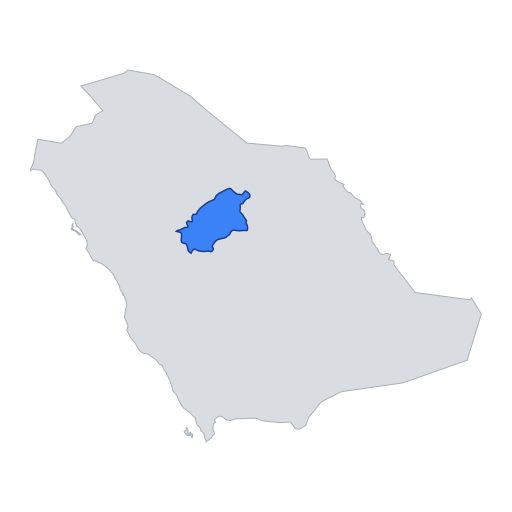 where Al Quassim sits in Saudi Arabia
{"feature_id": "SAU-846", "entity_name": "Al Quassim", "entity_type": "Region", "adm_level": 1, "iso_a3": "SAU", "parent_name": "Saudi Arabia", "parent_adm1": "", "projection": "mercator", "projection_center": [43.262, 25.97], "detail": "fine", "context": "in_parent", "style": "filled", "palette": "blue", "viewbox_px": 512, "rotation_deg": 0, "n_neighbors": 0, "source": "natural_earth", "source_scale": "10m", "svg_char_len": 6203}
<svg xmlns="http://www.w3.org/2000/svg" viewBox="0 0 512 512"><path d="M402.8,382.9L343.1,391.4L339.9,392.3L321.2,401.9L308.5,417.8L305.6,425.4L304.0,426.5L301.5,428.0L299.2,429.1L295.6,428.9L291.4,423.1L290.3,421.9L289.3,421.9L281.3,422.7L264.7,421.1L262.0,420.7L258.3,418.8L257.4,418.4L256.4,418.3L247.8,418.2L243.5,418.8L239.4,418.6L235.2,419.0L233.7,419.7L232.0,419.7L230.9,420.3L230.0,420.6L229.0,420.1L227.6,420.2L225.7,419.7L224.4,418.4L223.2,417.3L221.9,416.7L220.5,416.3L219.3,416.3L217.8,417.0L216.9,417.6L214.5,419.8L214.4,420.6L215.5,421.9L215.1,422.5L213.7,423.3L213.3,425.4L213.1,426.5L212.9,429.2L213.5,431.3L214.3,432.1L214.4,433.0L213.9,434.8L212.6,435.4L211.7,437.1L211.1,438.0L210.1,438.9L206.1,441.9L205.9,440.2L204.6,437.5L204.5,435.7L203.9,433.8L202.8,432.3L200.8,430.8L200.6,428.8L199.1,426.8L197.2,425.1L196.1,422.1L195.3,418.1L190.1,412.9L183.6,408.0L181.6,405.3L178.4,399.6L176.8,395.2L172.4,390.1L172.3,388.1L171.6,385.7L170.6,383.1L170.0,381.0L165.7,371.7L164.3,370.2L163.1,368.1L162.7,366.5L162.4,365.7L159.3,364.1L156.4,360.2L147.8,354.0L143.6,353.4L140.3,351.2L137.8,348.3L135.2,343.2L130.6,337.8L126.7,330.1L127.9,327.3L127.8,325.3L126.6,321.9L125.3,319.4L124.4,316.9L125.1,313.4L125.4,309.5L126.2,307.4L126.7,305.1L126.0,300.5L124.7,298.0L124.8,296.3L123.4,295.5L122.2,293.7L123.4,293.7L121.1,291.2L120.3,289.9L119.5,286.5L118.4,283.9L114.9,278.0L113.2,274.4L109.4,269.7L105.3,266.3L102.8,264.7L101.5,263.3L99.4,263.2L97.1,261.2L95.5,261.1L93.4,260.8L91.0,256.8L89.1,253.1L85.7,248.3L86.5,247.1L87.5,245.0L87.0,242.3L86.5,240.5L85.0,237.2L80.1,228.9L78.8,227.6L76.7,226.2L75.4,222.6L74.8,219.4L71.5,217.8L65.7,206.1L62.4,202.0L61.1,199.2L57.2,194.7L55.3,190.1L51.4,186.0L48.0,178.7L42.8,171.4L40.6,170.1L35.2,169.6L33.0,169.0L30.9,170.6L30.7,168.6L32.2,165.8L34.2,159.9L34.6,154.7L37.9,139.2L60.7,143.2L61.8,142.9L70.6,135.7L75.5,127.4L76.6,126.5L91.9,123.3L92.3,122.9L95.4,115.4L95.7,115.0L96.2,114.6L102.8,110.8L92.1,98.1L80.9,86.0L123.9,73.3L124.6,73.0L127.8,70.1L146.7,73.3L154.0,74.7L156.4,75.9L190.5,96.3L207.3,110.9L246.6,142.9L247.2,143.1L282.3,146.3L286.1,145.5L295.7,146.7L305.4,148.1L307.3,151.8L308.0,154.4L308.6,156.9L310.5,159.2L318.6,159.1L327.0,159.0L328.2,161.3L328.7,163.6L331.0,169.0L334.1,173.2L334.9,174.7L335.4,177.0L334.8,177.9L334.6,178.9L337.0,181.2L340.8,183.1L342.3,183.6L344.1,184.5L342.7,185.8L345.0,188.9L347.6,192.0L350.5,192.7L354.3,197.4L360.1,200.5L363.6,204.5L363.3,204.6L362.2,204.1L361.0,203.6L360.6,204.1L360.6,205.8L361.0,207.7L362.8,209.4L364.4,210.6L365.0,213.0L363.7,217.9L363.3,217.9L362.5,217.5L361.5,217.4L361.1,217.7L362.1,221.2L363.2,224.0L364.5,226.1L365.5,229.3L366.4,230.6L370.1,234.0L371.3,236.8L372.3,242.0L374.7,244.9L375.9,247.2L377.6,249.0L378.7,251.6L380.3,253.6L381.1,254.1L382.3,254.3L383.8,254.3L385.6,253.8L387.6,253.3L389.1,254.3L390.6,254.2L390.8,255.1L389.8,256.4L388.5,259.6L390.3,260.1L392.0,260.4L393.3,260.9L394.0,260.9L394.0,261.6L394.1,264.6L394.5,265.8L415.1,292.5L469.8,299.8L470.1,299.7L471.5,297.9L481.3,314.1L467.1,360.2L402.8,382.9ZM188.7,434.3L190.3,434.4L189.7,433.7L189.5,433.3L190.2,432.3L192.6,434.4L192.5,436.9L192.3,437.5L191.7,437.0L191.3,436.4L191.1,435.9L190.5,435.2L188.2,435.7L186.8,435.0L184.7,432.8L184.2,431.3L185.0,431.0L185.9,430.3L186.5,429.1L186.0,427.8L187.2,428.0L187.8,429.3L188.0,432.2L188.2,432.9L187.8,433.5L188.7,434.3ZM79.7,235.0L79.1,235.0L77.6,233.4L76.7,232.2L75.8,231.4L71.7,229.8L71.2,228.8L71.8,227.7L72.2,228.8L73.0,229.4L76.4,230.8L80.2,234.0L80.8,234.2L79.7,235.0ZM73.1,227.2L72.9,227.5L72.0,226.6L72.1,224.8L72.9,223.8L72.8,225.2L73.1,226.6L73.1,227.2Z" fill="#d9dde1" stroke="#a8b0b8" stroke-width="1"/><path d="M245.3,191.0L246.6,191.6L247.6,192.3L248.5,193.1L248.9,193.5L249.3,194.0L249.6,194.5L249.8,195.0L249.9,195.5L249.9,196.0L249.9,196.3L249.8,196.7L249.7,197.1L249.4,197.5L249.0,197.8L248.5,198.1L247.4,198.4L246.9,198.7L246.4,199.1L245.4,200.0L244.6,200.9L243.1,203.2L242.7,203.5L242.4,203.7L241.6,203.8L241.1,204.0L240.6,204.3L240.2,204.8L240.1,205.4L240.3,206.5L240.3,207.5L239.9,210.6L239.9,211.1L240.0,211.6L240.2,212.1L240.6,212.6L242.3,214.3L242.8,214.9L244.7,218.1L246.3,220.3L246.5,221.1L246.2,222.3L246.1,222.9L246.3,223.5L246.9,224.6L247.2,225.3L247.4,226.1L247.6,227.5L247.6,228.4L247.6,229.0L247.5,229.5L247.3,230.0L247.1,230.4L246.7,230.5L246.2,230.6L244.3,230.4L239.2,230.8L234.6,230.2L233.6,230.2L233.1,230.3L232.7,230.4L232.2,230.6L231.9,230.8L231.6,231.1L231.3,231.4L230.7,232.2L229.9,233.8L229.5,234.5L229.0,234.9L227.5,235.9L226.3,237.0L225.8,237.4L225.0,237.8L217.8,239.5L217.3,239.8L216.8,240.1L214.7,242.2L212.7,245.0L212.4,245.6L212.3,246.2L212.4,246.7L212.6,247.1L213.1,248.1L213.3,248.7L213.3,249.3L212.9,250.2L212.5,250.8L212.0,251.2L211.5,251.5L211.0,251.6L210.6,251.6L208.9,251.1L207.9,251.0L204.9,251.5L203.8,251.5L199.9,251.1L198.4,250.7L197.5,250.4L195.2,249.2L194.7,249.1L194.2,249.2L193.7,249.4L193.1,249.9L192.8,250.2L191.4,252.3L191.0,253.2L189.1,251.8L188.8,251.5L188.5,251.1L188.1,250.1L187.0,245.7L186.6,244.7L186.2,244.1L186.0,243.9L185.6,243.7L182.8,243.0L182.3,242.7L181.9,242.3L181.5,241.6L181.3,241.1L181.2,240.6L181.6,234.4L181.5,233.9L181.3,233.3L181.0,232.8L180.6,232.5L179.7,232.2L176.8,231.5L176.3,231.4L177.1,230.6L178.0,230.3L179.3,230.1L180.0,229.9L183.5,228.1L184.3,227.7L184.9,227.5L187.0,227.3L187.5,227.2L187.9,226.8L188.0,226.5L187.9,226.1L187.8,225.8L186.8,223.9L186.7,223.4L186.6,222.9L186.7,222.3L187.0,221.8L187.5,221.2L188.1,221.0L188.5,220.9L188.9,221.0L190.6,221.7L191.1,221.8L191.6,221.8L192.0,221.7L192.2,221.3L192.3,220.9L192.3,220.5L192.3,220.3L191.9,218.4L191.9,217.9L191.9,217.4L192.0,216.9L192.3,215.9L192.8,214.9L193.1,214.5L193.6,214.3L194.0,214.3L194.5,214.4L195.1,214.3L196.1,214.1L196.5,213.9L196.8,213.4L196.9,212.9L197.3,212.1L197.9,211.0L200.4,208.1L206.1,203.5L208.6,201.9L213.5,199.8L214.3,199.2L214.7,198.7L215.0,198.2L215.9,196.2L216.7,195.3L217.7,194.3L219.3,193.2L227.5,189.0L228.5,188.6L229.0,188.5L229.5,188.5L230.0,188.5L230.5,188.7L231.0,189.0L231.8,189.7L233.3,191.3L236.0,193.5L237.0,194.1L237.5,194.3L239.7,194.4L241.2,194.7L241.6,194.7L242.1,194.6L242.4,194.4L242.7,194.1L244.4,191.8L245.3,191.0Z" fill="#3b82f6" stroke="#1e3a8a" stroke-width="1.5"/></svg>